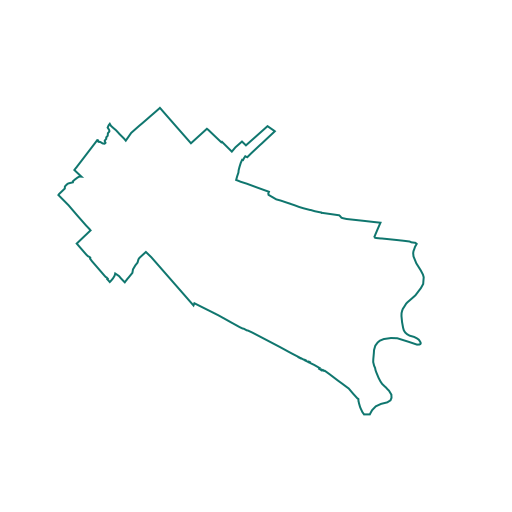 Liesti, Galati, Romania, rotated 224°
{"feature_id": "2599482B2048722237539", "entity_name": "Liesti", "entity_type": "district", "adm_level": 2, "iso_a3": "ROU", "parent_name": "Romania", "parent_adm1": "Galati", "projection": "albers", "projection_center": [27.596, 45.626], "detail": "fine", "context": "isolated", "style": "outline", "palette": "teal", "viewbox_px": 512, "rotation_deg": 224, "n_neighbors": 0, "source": "geoboundaries", "source_scale": "gbopen_adm2", "svg_char_len": 4465}
<svg xmlns="http://www.w3.org/2000/svg" viewBox="0 0 512 512"><g transform="rotate(224 256 256)"><path d="M329.1,358.8L330.0,358.7L337.9,357.4L338.9,344.1L340.1,328.6L345.6,328.6L346.3,319.9L345.9,314.3L359.8,314.5L359.9,313.7L374.4,313.6L377.9,313.6L379.7,313.4L381.1,291.9L401.9,293.6L421.0,295.2L426.5,295.7L428.0,295.8L428.0,295.7L428.0,295.4L428.4,290.6L429.1,282.9L430.0,272.5L430.4,269.0L431.3,257.9L429.8,248.5L432.5,248.8L439.2,248.9L440.2,249.0L441.7,249.1L442.1,249.1L443.5,249.2L444.5,249.2L447.1,249.0L449.1,248.9L451.0,248.9L453.0,249.5L452.8,247.7L451.9,245.3L449.6,244.8L448.7,244.4L448.0,243.7L447.9,243.0L447.9,242.0L447.8,241.4L446.7,240.1L446.3,239.5L446.1,238.8L446.2,238.1L446.2,237.9L446.1,237.3L445.1,236.2L445.0,234.3L444.9,233.8L444.3,233.4L442.9,232.9L442.8,232.6L443.0,231.5L444.6,230.4L446.6,230.0L447.3,229.8L448.3,228.9L449.1,228.7L449.3,229.2L449.9,229.5L450.7,229.1L450.2,225.1L447.4,200.9L447.0,197.2L446.7,195.0L446.7,194.4L446.5,192.5L446.4,191.7L443.6,191.7L436.7,191.8L437.9,190.8L438.2,190.3L438.5,189.7L438.9,188.3L439.1,187.0L439.4,185.2L439.5,183.9L439.6,182.6L439.3,182.3L438.9,181.8L440.5,179.3L441.4,177.8L441.7,176.8L441.8,174.4L441.7,173.2L440.4,171.7L440.5,168.9L440.7,163.9L440.5,162.6L427.3,162.3L426.5,162.3L426.3,162.3L414.9,161.2L412.7,161.0L399.4,159.9L394.3,159.7L394.2,159.6L392.8,159.5L393.6,140.4L381.3,139.3L378.9,139.1L376.8,139.1L374.9,139.7L373.9,139.6L373.5,138.8L372.8,138.7L372.2,138.6L370.4,138.3L351.5,136.6L350.0,136.5L349.4,136.5L348.8,136.7L348.6,136.8L347.2,136.7L346.9,136.7L346.9,136.4L346.9,136.0L345.2,135.9L343.1,135.7L343.1,137.5L343.3,140.4L343.9,143.2L344.6,144.8L345.1,145.6L342.4,146.1L340.5,146.4L337.7,146.1L332.9,145.9L332.1,145.9L332.3,147.2L332.5,149.6L332.6,149.8L332.7,152.1L332.8,153.2L333.0,155.6L333.2,158.0L335.2,160.9L336.3,165.5L336.6,168.9L338.2,171.9L338.5,173.2L338.5,174.6L338.0,182.4L330.5,182.4L266.6,177.0L267.5,179.2L241.9,187.2L226.8,191.2L218.3,193.5L215.3,194.5L214.3,195.2L211.0,196.1L210.8,196.2L210.2,196.7L206.5,198.0L205.0,198.5L175.7,207.1L169.9,208.7L166.2,209.7L163.4,210.5L163.0,210.6L157.3,212.3L155.0,213.0L154.9,212.7L152.7,213.4L152.8,213.7L152.4,213.8L152.1,213.9L151.0,214.2L150.6,214.3L148.8,214.9L148.8,215.2L147.8,215.5L147.7,215.1L144.4,216.2L144.5,216.7L144.4,216.7L143.7,217.0L143.6,216.5L143.6,216.4L142.9,216.7L142.7,216.7L142.5,216.8L142.0,216.9L141.4,217.1L138.4,218.1L133.6,219.3L133.1,219.4L132.7,219.5L132.4,219.6L132.2,218.7L130.2,219.2L129.9,219.2L130.0,219.5L129.2,219.7L129.3,219.9L128.8,219.9L128.6,220.5L127.2,220.6L126.9,221.2L124.2,221.6L121.5,222.0L116.4,222.6L110.5,223.3L104.9,224.1L102.4,224.4L98.6,224.9L98.0,225.0L97.3,225.1L92.3,224.6L90.3,224.4L84.0,224.0L83.2,224.3L82.5,223.8L81.5,222.8L80.6,222.3L79.8,221.7L76.3,219.7L74.7,219.0L73.1,218.4L71.0,217.6L68.2,217.1L66.2,219.1L64.1,221.1L64.5,222.4L65.4,225.8L65.4,227.5L65.4,231.1L64.0,234.7L63.3,236.5L59.9,241.9L59.0,245.6L60.0,248.1L62.3,250.3L66.8,251.5L68.8,251.5L71.5,251.7L72.5,251.6L76.4,251.6L78.8,252.1L79.9,252.4L80.5,252.6L83.2,253.5L88.7,255.9L90.7,256.9L92.6,258.2L94.8,259.1L98.0,261.1L99.9,263.2L103.6,267.8L105.8,270.4L107.9,274.4L108.4,278.3L108.1,281.1L106.4,285.0L101.9,290.8L97.2,295.0L86.4,300.4L78.6,304.1L77.0,305.8L76.6,306.8L77.0,307.8L78.4,308.4L80.8,308.9L83.2,308.5L86.1,307.6L90.2,305.4L93.0,304.7L95.5,304.6L98.0,305.2L100.4,306.6L105.0,309.9L109.7,313.9L111.6,316.0L112.9,318.2L113.7,320.1L114.0,321.9L114.9,326.1L114.9,328.0L114.7,330.2L114.0,338.4L115.1,347.5L116.3,352.0L120.6,357.2L123.0,358.6L127.5,360.1L135.6,362.1L142.4,365.1L144.9,367.2L146.1,368.9L147.0,371.0L148.0,373.1L148.8,376.3L150.5,376.2L151.7,375.3L153.7,373.8L155.6,373.1L159.6,370.1L161.7,368.5L162.7,367.7L164.8,366.1L175.0,358.1L176.5,356.9L177.2,356.4L178.4,355.3L182.2,352.3L183.9,351.5L183.9,351.4L187.0,359.4L189.6,366.4L194.6,362.5L202.3,356.6L216.6,345.5L219.7,343.6L221.1,342.9L223.2,343.1L224.4,343.1L238.5,332.9L238.8,332.5L239.4,332.6L240.8,331.6L244.9,329.0L248.6,327.1L249.0,326.7L255.0,323.3L259.1,321.2L263.5,319.3L276.8,313.0L280.8,310.8L282.5,310.4L289.4,308.7L290.5,309.4L291.3,311.2L295.7,309.2L302.4,306.2L312.9,301.6L318.7,298.7L321.0,297.8L322.6,297.1L323.1,296.9L324.9,300.2L326.6,303.8L328.1,305.7L329.8,308.7L331.7,312.5L332.8,315.6L332.0,316.0L332.3,317.0L332.6,318.1L333.0,320.3L331.9,320.6L330.9,321.0L330.8,326.3L330.2,338.6L330.0,341.0L329.8,345.2L329.1,358.6L329.1,358.8Z" fill="none" stroke="#0f766e" stroke-width="2"/></g></svg>